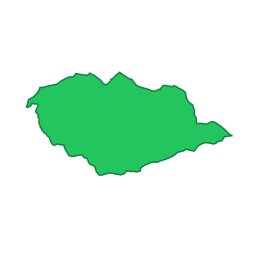 outline of Shermung, Mongar, Bhutan, rotated 103°
{"feature_id": "84629894B23969892621665", "entity_name": "Shermung", "entity_type": "district", "adm_level": 2, "iso_a3": "BTN", "parent_name": "Bhutan", "parent_adm1": "Mongar", "projection": "natural_earth1", "projection_center": [91.364, 27.466], "detail": "fine", "context": "isolated", "style": "filled", "palette": "green", "viewbox_px": 256, "rotation_deg": 103, "n_neighbors": 0, "source": "geoboundaries", "source_scale": "gbopen_adm2", "svg_char_len": 5197}
<svg xmlns="http://www.w3.org/2000/svg" viewBox="0 0 256 256"><g transform="rotate(103 128 128)"><path d="M160.5,186.1L160.6,185.9L161.5,185.4L162.9,184.2L163.2,183.9L164.7,182.8L166.3,180.9L167.7,179.9L168.1,179.3L168.3,177.8L168.3,176.7L167.8,174.8L167.6,173.7L167.2,172.8L166.2,171.5L165.8,170.6L165.2,168.7L164.8,167.8L164.9,167.0L165.1,166.4L165.5,165.7L165.9,165.2L166.2,164.7L166.8,164.0L166.8,163.7L166.9,163.2L166.7,162.3L166.7,161.7L166.8,161.2L168.0,160.1L169.4,159.3L170.3,158.7L171.4,157.6L171.7,157.1L172.0,156.3L172.0,155.5L172.3,154.4L172.5,153.0L172.7,152.3L173.3,151.7L174.5,150.8L175.7,150.0L176.7,149.6L177.7,149.2L178.1,148.8L179.0,147.2L179.7,146.2L180.3,145.5L180.3,145.2L180.1,144.4L179.9,143.5L179.7,142.6L179.2,141.9L178.6,140.8L177.8,139.4L177.2,138.3L176.6,137.5L176.3,137.1L176.2,136.6L176.2,136.2L176.1,135.6L175.8,135.0L175.7,134.2L175.6,133.0L175.6,132.2L175.6,131.4L175.7,130.7L175.8,129.7L175.6,129.1L175.5,128.3L175.5,127.9L175.3,126.4L175.4,125.0L175.2,124.1L175.1,123.9L174.3,122.9L173.8,121.9L172.8,121.0L171.9,120.8L171.0,120.3L170.2,119.7L170.0,119.0L169.8,117.6L169.9,116.1L169.4,114.5L169.2,113.5L168.9,112.0L169.0,110.1L168.6,109.2L168.0,108.1L167.3,106.4L165.7,106.7L164.3,106.4L162.7,105.6L161.6,104.5L160.9,103.6L159.3,101.8L156.3,97.7L155.1,94.4L154.8,91.9L152.8,89.1L149.8,84.0L147.5,80.9L146.3,79.2L144.7,77.5L142.8,75.8L140.6,74.2L139.4,72.1L138.6,70.2L137.3,68.2L135.7,66.8L135.7,65.7L135.7,62.9L135.7,60.2L135.6,58.5L134.1,57.3L132.2,57.0L129.2,55.1L127.5,53.3L125.5,50.8L124.7,48.2L124.4,46.2L124.5,43.5L124.2,40.8L123.1,38.9L121.3,37.9L120.6,36.3L119.1,33.5L117.2,32.8L114.9,32.2L114.3,30.7L112.9,27.5L112.6,26.0L112.0,24.5L112.0,25.7L111.3,27.4L110.7,29.2L109.0,31.4L107.0,34.9L105.5,37.9L104.1,41.4L102.9,44.7L102.7,46.8L103.8,49.0L106.2,51.7L106.9,53.9L106.9,57.1L107.7,60.2L108.1,62.2L107.4,62.9L105.4,62.8L103.0,63.8L101.5,64.9L100.4,66.2L99.9,66.6L98.1,66.6L95.8,67.3L93.0,69.2L91.1,70.1L90.5,71.2L90.2,72.6L89.4,73.9L88.8,75.2L88.1,76.0L87.3,76.6L86.5,77.2L85.2,77.9L84.1,78.6L83.3,79.1L81.9,79.4L80.7,79.9L79.9,81.0L79.3,82.2L78.7,83.6L78.3,85.0L78.1,86.3L77.8,87.7L77.3,89.0L76.7,90.3L76.5,91.5L76.5,92.3L76.5,92.8L76.7,93.1L77.7,94.2L77.9,95.4L78.0,97.0L78.2,99.6L78.2,101.5L78.4,102.8L78.9,103.1L79.3,103.6L80.4,104.2L81.4,104.6L82.4,105.0L83.0,105.2L83.1,105.5L83.3,106.4L83.7,107.1L84.3,107.8L85.3,108.7L85.5,109.3L85.9,110.0L86.2,110.8L86.4,111.7L86.4,112.6L86.2,114.3L86.0,115.4L85.8,116.4L85.7,117.6L85.8,119.1L85.5,121.1L85.5,123.2L85.5,123.5L85.3,125.2L85.1,126.8L85.0,128.2L84.7,129.1L84.0,130.0L81.5,133.3L80.5,134.3L80.0,134.9L79.8,135.7L79.7,137.9L79.6,138.6L79.3,139.5L78.6,141.1L78.2,142.1L77.9,143.3L76.8,145.9L76.2,147.3L75.7,148.9L76.6,149.4L77.4,150.0L78.4,150.9L78.6,151.0L79.6,151.7L81.1,152.6L82.3,153.3L83.3,154.0L84.0,154.9L84.4,155.4L85.1,155.6L86.0,155.7L86.8,155.9L87.8,156.6L88.7,157.2L89.8,158.0L90.6,158.6L90.8,159.2L90.8,159.5L90.5,161.1L90.1,162.0L89.3,163.5L87.9,165.2L87.3,165.9L86.9,167.0L86.0,169.3L85.2,170.8L84.4,172.8L84.2,173.7L83.7,175.7L83.6,175.9L83.2,177.0L83.1,177.6L83.9,178.0L85.0,178.8L85.4,179.3L85.8,180.0L86.0,180.8L86.3,183.1L86.5,185.1L86.5,186.8L86.6,188.4L86.6,189.6L86.6,191.1L86.9,191.2L88.8,191.9L90.0,192.5L91.0,193.6L91.1,195.6L92.3,198.1L97.2,203.8L100.5,206.2L101.2,207.4L102.2,209.0L103.2,211.0L104.9,215.1L107.8,220.4L107.9,221.0L108.0,222.3L108.2,222.7L108.7,223.0L110.2,223.0L112.0,223.4L115.8,225.1L119.5,227.6L121.5,229.8L122.6,231.0L122.9,231.4L124.9,231.3L126.8,231.2L128.4,231.4L129.1,231.5L130.6,231.4L130.6,231.0L130.4,230.4L130.1,230.1L129.7,229.8L129.3,229.1L129.0,228.2L128.7,227.9L128.2,227.8L127.4,227.6L126.7,227.5L126.3,227.2L125.8,226.8L125.5,226.4L125.6,226.1L125.6,225.4L125.6,224.7L125.6,224.1L125.5,223.8L125.3,223.2L125.1,222.7L125.0,222.1L125.2,221.9L125.3,221.4L125.8,220.9L126.3,220.6L126.7,220.7L127.2,220.7L127.8,220.8L128.4,220.8L129.3,221.2L129.6,221.3L130.0,221.4L130.8,221.6L131.4,221.8L131.7,221.8L132.0,221.8L132.2,221.7L132.5,221.6L133.1,221.2L133.4,221.0L133.7,220.9L134.0,220.7L134.2,219.9L134.3,219.6L134.6,219.0L134.9,218.7L135.1,218.6L135.3,218.5L136.0,218.4L136.7,218.4L137.2,218.3L137.5,218.2L138.4,217.5L138.7,217.2L139.0,216.8L139.5,216.4L139.8,216.3L140.2,216.2L140.7,216.2L141.0,216.3L141.6,216.1L142.0,216.1L142.3,216.1L143.1,215.8L143.5,215.7L144.6,214.7L144.9,214.5L145.2,214.4L145.8,214.2L146.2,214.0L146.6,213.7L147.1,213.3L147.3,213.1L147.7,212.5L147.9,212.4L148.6,212.1L148.9,211.7L149.3,211.4L149.6,211.0L149.8,210.7L150.3,210.1L150.8,209.6L151.5,208.8L151.6,208.5L151.8,207.8L152.0,207.1L152.2,206.6L152.6,206.1L152.9,205.7L153.1,205.5L153.5,205.1L153.7,204.9L153.8,204.6L154.1,204.3L154.2,204.1L154.4,203.5L154.6,203.0L155.1,202.4L155.6,202.0L156.3,201.6L156.9,201.3L157.7,200.9L158.0,200.7L158.7,200.1L159.2,199.7L159.5,199.5L159.7,199.3L160.1,199.0L160.3,198.7L160.8,197.9L161.1,197.5L161.3,197.3L161.3,196.5L161.2,195.7L161.1,195.4L161.0,195.2L160.8,194.9L160.5,194.7L160.3,194.5L159.4,193.4L159.5,192.7L159.5,191.8L159.6,191.0L159.6,190.3L159.5,189.8L159.4,189.4L159.2,188.9L159.1,188.5L159.1,188.0L159.1,187.6L159.2,186.6L159.7,186.0L160.5,186.1Z" fill="#22c55e" stroke="#15803d" stroke-width="1.5"/></g></svg>